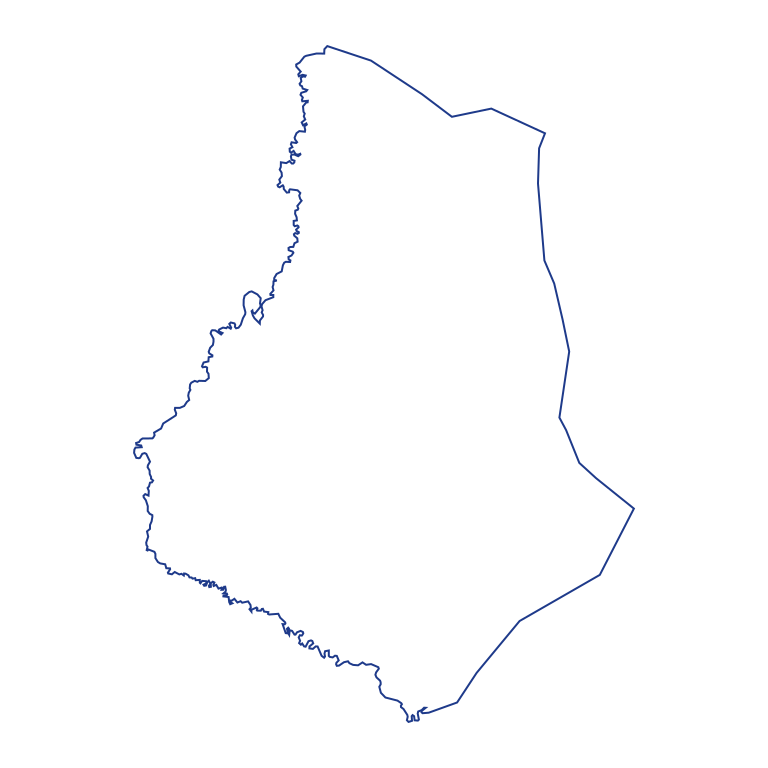 Zaamar, Töv, Mongolia (Mercator projection)
{"feature_id": "93677404B26609695466226", "entity_name": "Zaamar", "entity_type": "district", "adm_level": 2, "iso_a3": "MNG", "parent_name": "Mongolia", "parent_adm1": "Töv", "projection": "mercator", "projection_center": [104.498, 48.277], "detail": "fine", "context": "isolated", "style": "outline", "palette": "blue", "viewbox_px": 768, "rotation_deg": 0, "n_neighbors": 0, "source": "geoboundaries", "source_scale": "gbopen_adm2", "svg_char_len": 6098}
<svg xmlns="http://www.w3.org/2000/svg" viewBox="0 0 768 768"><path d="M348.0,661.3L349.4,663.2L353.1,664.9L358.1,665.3L362.5,662.4L366.1,664.8L371.1,664.1L378.3,667.2L378.8,668.7L376.1,672.4L375.4,674.8L376.5,677.4L380.1,680.7L380.6,682.2L380.7,684.2L379.3,686.8L380.9,692.8L385.4,697.5L397.5,700.6L401.3,703.2L401.9,704.2L400.9,705.7L401.0,707.1L403.5,709.0L407.3,714.9L407.7,716.8L406.9,720.2L408.5,721.9L412.0,720.8L411.7,716.2L412.6,715.1L414.1,716.2L414.6,720.3L417.9,720.6L418.9,719.6L417.7,713.5L418.2,711.5L421.7,710.1L424.1,707.7L425.7,707.8L421.7,711.0L421.5,712.3L422.6,713.2L428.7,712.7L457.1,702.5L476.6,672.9L519.6,621.0L599.8,574.9L633.9,508.6L596.1,478.2L579.3,462.9L566.1,430.1L559.4,417.6L569.2,351.6L562.6,319.6L554.2,283.5L544.4,260.5L538.0,183.5L539.1,148.3L545.0,133.3L491.3,108.6L451.9,116.8L422.0,94.2L371.0,60.6L327.3,46.1L324.4,49.2L324.2,53.6L316.6,53.5L306.2,55.8L304.3,56.7L299.6,62.6L296.2,64.5L296.3,66.6L300.7,71.6L298.3,74.3L298.8,76.2L302.6,74.8L305.7,75.5L305.1,76.7L303.0,76.4L300.7,77.9L301.4,81.3L299.6,83.8L300.3,85.4L302.0,86.2L302.7,88.6L307.2,90.0L306.2,91.3L301.3,92.8L300.5,94.8L302.8,97.5L301.9,100.0L302.3,101.3L307.8,100.8L307.6,102.3L306.2,102.5L303.0,106.3L303.5,111.8L304.7,113.6L303.8,116.3L305.2,119.5L301.7,122.4L303.0,125.2L306.3,123.4L306.8,124.6L304.4,126.4L305.2,129.9L304.9,131.7L299.3,131.1L296.5,133.2L294.6,137.6L295.1,139.5L297.1,142.2L296.2,143.0L291.6,142.3L290.9,144.3L292.4,147.2L289.6,148.6L289.8,151.7L291.0,152.7L293.6,150.9L295.6,154.1L298.0,154.7L300.2,153.8L300.4,154.5L298.2,156.2L294.3,154.5L291.5,154.7L290.9,156.4L291.5,159.7L294.5,160.7L294.3,162.4L293.2,163.5L291.8,163.5L289.5,161.1L286.3,163.1L280.9,162.3L280.8,167.0L279.7,169.6L281.6,172.6L281.9,176.1L279.3,179.6L280.3,182.6L277.5,185.1L278.1,186.6L279.6,187.3L282.8,185.3L283.6,186.5L283.8,189.0L286.8,192.6L289.1,192.3L289.2,190.3L290.0,189.3L297.6,190.3L300.3,193.0L299.2,195.6L300.2,198.9L301.6,200.7L297.3,206.0L298.3,208.5L297.8,209.7L295.3,210.6L295.1,213.8L296.6,217.2L296.9,220.4L293.7,220.9L293.7,225.0L294.7,226.2L297.4,225.5L298.4,226.3L298.6,227.3L296.1,229.6L296.6,231.0L298.8,232.1L298.8,233.0L297.5,233.8L295.2,233.1L293.9,234.2L294.2,235.6L297.3,238.3L297.6,241.7L294.5,243.2L293.3,246.9L290.2,247.0L288.5,248.0L288.7,250.2L292.8,251.7L293.4,252.8L291.5,255.5L288.4,257.0L288.7,259.4L290.4,260.4L290.1,262.0L285.8,261.8L284.2,262.7L282.9,265.3L281.7,271.4L276.6,274.0L274.2,278.1L274.2,279.9L276.8,280.5L273.5,281.4L273.4,284.7L272.6,287.0L273.5,290.4L270.3,293.9L270.5,295.0L273.3,295.0L273.3,297.2L265.5,300.2L262.1,304.1L261.5,306.4L262.6,310.2L261.7,312.4L263.1,315.0L263.0,316.5L259.9,320.5L259.8,323.6L254.5,318.3L252.9,315.5L251.6,311.2L252.4,310.5L252.7,312.2L254.9,313.6L260.3,307.0L260.6,305.2L260.0,303.4L260.7,298.2L257.4,294.4L251.7,291.4L249.3,292.0L244.6,295.8L243.7,299.6L243.6,305.3L245.4,312.2L245.2,314.2L242.9,318.3L240.8,324.7L238.5,327.7L236.1,328.3L234.9,326.8L235.2,324.8L234.5,323.4L230.8,322.5L229.3,323.9L231.2,327.7L230.7,328.7L227.6,326.9L226.3,328.2L223.0,327.6L219.2,329.5L218.7,330.3L219.2,331.5L222.5,333.0L221.1,334.5L215.3,330.4L212.2,330.2L211.3,331.2L210.6,333.4L213.5,338.8L213.5,341.7L212.9,345.0L210.2,347.7L208.7,351.8L209.3,353.4L212.4,355.3L212.3,356.5L208.7,357.2L208.4,361.4L203.6,362.5L202.0,366.3L202.7,367.3L205.7,366.8L207.1,367.6L207.0,371.7L208.5,373.8L208.8,378.1L205.3,381.0L199.1,380.8L197.4,381.8L194.7,380.9L191.3,382.7L190.1,384.5L189.7,388.4L190.4,389.9L188.8,392.6L188.2,395.7L189.2,400.0L186.9,401.9L184.2,406.0L179.8,407.9L175.1,407.9L174.8,409.7L176.2,413.3L175.8,415.4L163.2,423.5L161.1,428.5L154.1,432.6L154.6,435.3L153.2,437.7L152.3,438.4L142.5,438.5L140.5,439.9L139.1,442.0L136.1,443.0L136.4,444.7L141.2,445.5L141.7,447.2L135.5,447.6L134.4,449.5L134.1,452.9L136.3,457.9L138.9,458.2L140.0,457.8L142.3,453.8L144.7,453.1L146.3,453.9L150.0,461.7L147.9,465.3L147.6,467.2L149.6,470.6L149.7,474.0L151.1,477.0L151.0,478.7L153.1,480.5L152.0,482.3L150.0,482.7L149.0,486.5L147.6,488.0L148.8,490.9L148.5,495.6L145.2,494.1L143.5,495.8L143.7,497.3L145.9,500.3L147.8,506.2L147.7,511.0L149.7,513.8L152.3,515.1L152.4,516.7L151.6,521.4L150.0,525.0L150.0,528.9L147.0,531.4L148.2,536.6L146.2,542.6L146.5,545.1L147.5,546.6L146.7,550.1L147.6,550.5L148.5,549.5L154.4,551.8L155.4,553.8L155.4,558.1L157.9,562.0L160.2,563.4L165.2,564.3L166.3,568.2L170.0,568.4L170.1,569.3L167.9,572.6L168.2,573.5L171.9,574.3L174.7,572.0L179.3,574.4L181.5,573.8L183.8,575.5L184.1,573.5L185.6,573.7L188.4,575.3L189.5,577.4L191.6,577.5L192.5,578.6L195.2,578.2L195.7,580.2L199.8,579.9L199.8,582.7L200.4,583.3L202.2,580.9L206.2,581.2L206.6,581.9L205.9,583.6L203.5,584.7L204.2,585.8L206.0,585.5L207.4,582.0L208.8,580.7L210.4,583.7L208.9,585.8L209.3,587.1L210.9,586.8L210.7,583.3L212.8,581.7L214.4,582.5L213.3,584.9L213.7,586.0L216.3,584.9L218.5,588.6L221.8,587.5L222.2,587.9L221.5,589.8L223.2,589.7L224.1,586.8L225.2,586.7L225.9,590.1L225.5,591.7L223.6,593.3L226.9,593.6L227.2,594.5L226.4,595.6L223.5,595.6L223.4,596.4L228.6,597.0L229.2,602.1L230.2,604.2L232.3,603.3L229.9,601.7L229.7,600.5L232.0,600.5L234.4,598.8L237.4,602.5L240.6,601.2L242.2,602.7L248.1,601.4L250.5,605.0L250.8,607.7L249.5,609.2L251.4,611.6L251.4,609.8L256.6,607.5L257.4,608.3L256.8,610.1L257.2,610.6L260.8,610.7L261.8,609.0L262.9,608.8L264.1,611.6L268.3,612.1L268.0,613.9L269.2,614.5L278.3,613.8L280.2,617.7L285.2,622.4L285.4,623.5L284.7,624.3L282.6,624.1L285.7,633.1L287.1,633.3L287.7,632.3L287.0,628.8L288.2,627.7L289.0,628.7L288.2,633.2L289.2,634.9L289.6,631.3L290.4,630.4L292.1,630.9L294.5,634.6L295.5,634.6L297.0,632.3L300.6,630.9L302.9,632.0L303.3,633.3L302.6,634.6L301.8,635.6L299.9,635.2L298.7,637.4L300.1,640.8L299.1,643.1L300.9,644.7L302.2,643.5L304.1,646.4L305.6,646.7L308.5,641.2L311.0,640.4L312.3,641.0L313.2,643.4L309.5,646.4L309.4,648.4L312.9,648.9L315.7,646.4L317.6,646.5L321.6,655.8L324.1,657.7L325.0,656.5L324.5,653.6L325.1,651.2L328.8,650.5L328.8,655.9L329.8,656.9L332.7,657.4L335.0,655.7L336.8,655.9L338.7,660.4L336.4,662.8L336.1,664.2L336.8,665.8L339.0,665.6L344.0,662.2L348.0,661.3Z" fill="none" stroke="#1e3a8a" stroke-width="2"/></svg>